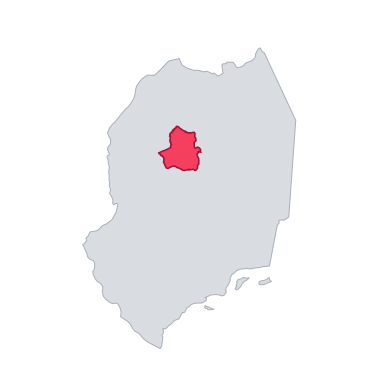 Sikonge, Tabora, United Republic of Tanzania (highlighted), rotated 65°
{"feature_id": "72390352B96655451787370", "entity_name": "Sikonge", "entity_type": "district", "adm_level": 2, "iso_a3": "TZA", "parent_name": "United Republic of Tanzania", "parent_adm1": "Tabora", "projection": "mercator", "projection_center": [32.873, -6.086], "detail": "fine", "context": "in_parent", "style": "filled", "palette": "rose", "viewbox_px": 384, "rotation_deg": 65, "n_neighbors": 0, "source": "geoboundaries", "source_scale": "gbopen_adm2", "svg_char_len": 8432}
<svg xmlns="http://www.w3.org/2000/svg" viewBox="0 0 384 384"><g transform="rotate(65 192 192)"><path d="M146.5,262.4L142.8,260.4L139.3,259.2L136.5,257.8L135.3,256.5L132.7,256.0L130.4,255.8L128.3,254.6L124.0,254.1L123.5,253.3L123.4,251.5L122.7,251.0L121.1,250.6L119.4,250.6L118.4,250.9L117.8,250.7L116.4,249.7L115.1,248.3L114.6,246.2L112.6,244.8L110.3,243.7L104.0,243.8L103.0,243.5L101.5,242.4L99.8,240.6L98.4,238.5L97.1,235.7L95.8,232.0L88.6,217.0L87.9,214.2L86.4,211.0L84.1,207.2L81.7,204.3L78.3,201.7L74.6,199.2L72.5,197.4L68.6,190.4L67.8,187.1L67.2,183.7L67.5,182.3L69.9,177.9L70.2,176.7L69.9,175.0L68.7,171.5L67.2,167.3L64.1,159.6L63.6,157.6L63.7,156.2L65.5,148.3L65.5,147.2L72.7,147.4L78.0,143.9L82.6,138.8L83.5,136.7L85.4,133.4L87.3,131.7L88.0,130.6L89.0,127.3L91.4,125.1L93.8,123.4L93.3,122.2L93.6,121.8L94.9,120.9L97.4,120.1L97.9,118.4L97.9,116.4L97.5,115.3L97.6,114.1L97.2,113.4L95.6,113.2L93.1,112.3L91.1,111.8L89.7,111.3L89.2,110.8L89.0,109.7L90.1,106.7L89.0,105.5L91.5,100.5L92.0,99.9L92.9,99.8L94.4,99.3L95.7,99.1L96.8,99.2L97.6,99.0L98.3,98.5L98.9,96.8L99.4,94.0L99.1,91.7L98.1,89.9L97.8,87.2L98.3,83.6L97.9,80.6L96.8,78.2L95.6,76.8L93.8,76.1L90.9,72.4L90.1,70.6L90.2,69.5L91.2,69.1L93.0,69.2L94.7,68.8L96.3,67.8L97.9,67.5L98.7,67.7L170.9,67.7L255.4,114.8L255.7,115.4L256.4,119.4L256.3,120.8L255.0,123.1L254.6,124.4L254.6,125.2L254.9,125.6L256.0,125.7L256.9,126.2L257.3,126.7L258.0,128.4L258.9,129.3L291.0,152.5L291.8,152.8L291.3,154.8L289.5,159.5L289.4,161.5L288.7,163.8L288.0,165.3L286.1,172.0L284.6,174.4L282.5,180.3L282.1,184.7L283.3,187.9L283.7,190.8L286.2,193.7L288.2,194.7L289.5,196.0L291.9,199.0L293.3,202.0L297.5,203.5L299.2,206.9L298.6,209.2L296.6,211.1L294.8,214.2L293.3,218.3L293.3,224.6L294.3,223.7L296.5,225.2L296.8,229.8L294.5,235.2L293.8,237.7L293.6,239.9L295.3,246.3L297.9,249.6L297.7,250.7L297.0,251.5L301.4,257.3L301.1,262.4L302.7,266.4L303.4,269.8L304.5,272.4L304.7,274.2L303.4,276.2L306.5,276.7L308.4,278.4L309.3,280.0L311.6,279.9L312.9,281.0L314.7,281.9L318.6,284.5L319.7,285.8L320.4,287.1L309.4,295.5L305.5,297.6L302.6,298.6L299.6,299.2L296.8,300.5L294.1,302.5L290.6,303.6L286.4,303.6L281.9,305.0L274.9,309.4L270.9,307.0L267.7,306.2L264.0,306.3L261.8,306.6L261.0,307.1L260.3,308.6L259.7,311.0L257.3,313.3L253.0,315.5L249.1,316.4L245.6,315.8L243.2,314.9L241.9,313.6L240.1,313.0L237.6,313.1L235.3,314.0L233.0,315.7L229.5,316.5L224.5,316.3L221.9,315.4L221.5,314.0L219.4,312.3L215.5,310.3L212.6,310.3L210.7,312.2L209.0,313.3L207.5,313.8L206.1,313.9L204.1,313.4L198.7,313.2L193.5,313.2L193.0,310.6L191.9,308.9L191.0,307.9L189.2,307.7L188.7,306.9L188.2,305.3L187.3,303.8L186.1,302.6L185.4,301.5L185.2,300.5L185.4,299.4L186.4,296.7L186.8,294.8L186.7,292.9L186.1,290.9L184.9,288.5L185.0,287.8L184.6,286.2L184.5,285.1L184.8,283.7L184.5,281.9L183.5,277.9L183.5,276.9L182.4,275.0L179.0,270.5L178.8,269.9L173.4,265.4L171.3,264.4L170.5,265.3L170.2,266.1L170.5,267.5L170.3,268.2L170.1,268.6L168.8,268.5L168.0,268.3L166.0,267.1L164.4,266.8L160.5,267.0L159.1,267.3L158.1,267.1L156.0,265.0L153.6,264.5L151.4,264.4L147.8,262.1L146.5,262.4ZM298.1,187.2L299.8,192.1L299.6,193.0L298.4,193.6L297.7,193.6L297.0,192.8L296.4,191.2L295.5,191.6L293.8,189.6L292.3,189.5L290.8,187.1L291.4,185.0L291.1,181.5L292.8,179.7L293.8,176.7L294.9,178.7L295.1,182.0L296.6,185.8L298.1,187.2ZM306.6,157.8L306.7,158.9L306.4,160.0L306.4,163.5L306.3,165.9L305.0,169.1L303.9,170.2L303.0,169.9L302.2,169.4L301.5,168.5L302.8,162.6L302.2,158.3L304.6,158.7L306.6,157.8ZM303.0,229.0L301.8,229.3L301.3,229.0L300.5,228.1L301.9,227.2L303.2,225.6L306.2,223.3L307.5,221.4L307.3,223.2L305.6,227.2L304.2,227.5L303.0,229.0Z" fill="#d9dde1" stroke="#a8b0b8" stroke-width="1"/><path d="M142.5,205.7L143.3,205.7L143.5,205.5L143.5,205.0L143.9,204.9L144.0,204.8L144.1,204.7L144.3,204.8L144.5,204.8L144.7,204.7L144.8,204.7L145.0,204.8L145.1,205.0L145.3,205.0L145.5,204.9L145.9,204.6L146.0,204.4L146.1,204.1L146.4,204.1L146.5,203.9L146.8,204.0L147.0,203.9L147.2,203.7L147.8,203.5L147.9,203.2L148.2,203.2L148.3,203.3L148.6,203.4L148.8,203.3L149.0,203.2L149.4,203.3L149.6,203.2L149.9,203.2L150.1,203.3L150.2,203.5L150.6,203.6L150.9,203.9L150.9,204.0L151.1,204.1L151.9,204.4L152.2,204.7L152.4,204.7L152.6,205.1L153.1,205.2L153.4,205.2L153.7,205.3L154.0,205.1L154.6,205.1L154.8,205.0L155.0,205.0L155.3,205.1L155.5,205.0L155.8,205.1L156.0,205.2L156.5,205.3L156.8,205.3L157.0,205.1L157.3,205.1L157.7,205.1L157.9,205.1L158.0,205.2L158.1,205.3L158.7,204.9L158.8,204.9L159.0,205.0L159.3,204.9L159.6,205.0L159.8,204.8L160.3,204.1L160.5,203.4L160.5,203.1L160.4,200.5L160.4,199.1L160.6,198.5L160.7,198.0L160.9,197.6L161.0,197.2L161.3,196.8L161.6,196.4L162.0,196.0L162.8,195.6L163.1,195.6L163.6,195.2L164.0,195.0L164.1,194.7L164.5,193.9L164.9,193.6L165.1,193.5L165.5,193.3L165.8,192.9L166.0,192.8L166.4,192.7L166.5,192.4L166.5,192.2L166.8,191.9L167.6,191.8L168.5,191.2L168.7,190.6L169.2,190.1L169.1,189.9L169.3,189.5L169.3,189.2L169.7,188.0L169.8,187.0L170.4,186.0L170.7,185.4L170.9,185.0L170.3,184.9L170.9,184.3L171.3,183.7L171.5,182.8L171.7,182.5L171.7,181.7L171.9,181.2L172.1,181.0L173.4,180.5L173.6,180.4L173.9,179.9L173.9,179.4L173.9,178.9L173.6,178.4L172.9,177.6L172.6,176.8L172.3,176.6L171.2,176.2L170.3,175.7L170.2,175.5L170.1,175.3L170.0,175.2L169.9,174.8L169.7,174.5L169.7,174.3L169.5,174.2L169.3,173.9L168.9,173.8L168.8,173.6L167.4,173.2L166.8,172.6L166.2,172.4L165.7,172.3L165.4,172.2L164.8,171.8L161.8,171.8L160.2,171.7L159.6,171.5L159.4,171.3L159.3,170.4L159.2,170.2L159.3,170.1L159.1,169.6L158.1,169.3L158.3,168.5L158.2,168.4L158.3,168.3L158.4,168.2L158.7,168.3L158.7,168.2L158.8,168.2L159.1,168.0L159.2,167.7L159.4,167.6L159.6,167.3L159.7,167.2L159.4,167.1L159.0,167.1L158.3,166.9L157.8,166.6L157.5,166.3L155.4,166.6L155.0,166.9L154.1,167.7L153.8,167.7L153.7,167.8L153.7,168.0L153.7,169.4L153.7,170.6L151.8,170.8L149.2,169.6L148.4,169.6L148.3,169.2L148.1,169.2L147.8,168.4L147.5,167.6L147.4,166.9L146.9,166.6L146.2,166.4L145.8,166.3L145.7,166.1L145.1,166.0L144.9,165.9L144.8,166.0L144.7,165.9L144.4,165.8L144.2,165.9L143.9,165.9L143.5,166.0L143.3,166.0L143.0,166.2L142.8,166.1L142.5,165.9L142.3,165.9L142.2,165.8L141.8,165.5L141.0,165.0L140.9,164.9L140.7,164.8L140.3,164.5L139.7,164.6L139.4,164.8L139.1,164.7L138.8,164.8L138.7,165.1L138.6,165.6L138.4,166.1L138.2,166.2L138.2,166.3L138.2,166.6L138.1,166.8L138.2,167.1L138.2,167.4L138.2,167.6L138.2,167.8L138.0,168.1L137.6,168.4L137.7,168.6L137.6,168.8L137.6,169.1L137.4,169.5L137.1,169.5L136.9,169.9L136.9,170.2L136.7,170.3L136.4,170.7L136.1,170.8L136.0,171.3L136.1,171.6L135.8,171.7L135.7,171.6L135.5,171.8L135.3,171.7L135.2,171.9L134.9,172.0L135.1,172.2L135.0,172.4L134.9,172.8L134.7,172.9L134.4,172.8L134.2,172.7L134.0,172.8L133.7,172.8L133.6,173.0L133.4,173.1L133.2,173.4L133.0,173.6L132.7,173.9L132.2,174.1L131.8,174.3L131.7,174.4L131.7,174.5L131.2,174.9L130.8,175.0L130.5,175.0L130.4,175.1L130.1,175.4L130.0,175.6L129.5,175.7L129.5,175.8L128.8,176.1L128.7,176.3L128.2,176.5L128.0,176.4L127.7,176.5L127.6,176.8L127.4,176.9L127.1,176.8L126.8,177.0L126.0,178.0L126.0,178.3L126.2,178.6L126.3,178.7L126.3,179.0L126.5,179.2L126.8,179.1L127.0,179.3L127.3,179.7L127.4,180.1L127.3,180.3L127.2,180.5L127.2,180.9L127.4,181.1L127.2,181.1L127.3,181.3L127.5,181.4L127.5,181.7L127.4,181.9L127.5,182.0L127.6,181.9L127.7,182.1L127.9,182.1L127.9,182.3L127.9,182.6L128.1,182.7L128.0,182.9L127.9,183.0L128.2,183.1L128.4,183.3L128.4,183.5L128.7,183.7L128.7,183.8L128.5,184.0L128.8,184.2L128.9,184.5L129.0,184.4L129.0,184.5L129.1,185.0L129.1,185.5L129.5,185.6L129.4,185.7L129.5,185.8L129.6,186.1L129.5,186.4L129.5,186.6L129.8,186.8L129.9,187.0L130.1,187.2L130.0,187.3L130.1,187.5L130.4,187.6L130.7,187.6L130.8,187.7L131.0,187.9L131.0,188.0L131.3,188.2L131.5,188.1L131.6,188.3L131.8,188.4L132.0,188.7L132.3,188.6L132.3,188.4L132.6,188.4L132.6,188.5L132.9,188.5L133.0,188.3L133.3,188.4L133.5,188.5L133.7,188.8L133.9,188.8L134.6,189.2L134.7,189.5L135.0,189.6L135.3,189.9L135.5,190.1L136.0,190.1L136.3,190.3L136.3,190.1L136.5,190.1L136.8,190.1L137.1,190.4L137.5,190.4L137.9,190.3L138.0,190.5L138.2,190.4L138.4,190.6L138.6,190.6L138.7,190.8L138.8,190.8L139.0,190.8L139.5,190.8L139.6,190.7L139.8,190.7L140.0,190.7L140.1,190.8L140.2,190.7L140.3,190.9L140.3,191.0L140.6,191.5L140.8,191.5L141.1,191.7L141.3,192.0L141.5,192.2L142.0,192.1L142.1,192.3L142.7,192.5L142.7,194.7L142.7,195.1L142.8,197.4L142.7,198.5L142.8,199.6L142.7,200.2L142.6,200.4L142.5,200.7L142.5,205.7Z" fill="#f43f5e" stroke="#9f1239" stroke-width="1.5"/></g></svg>